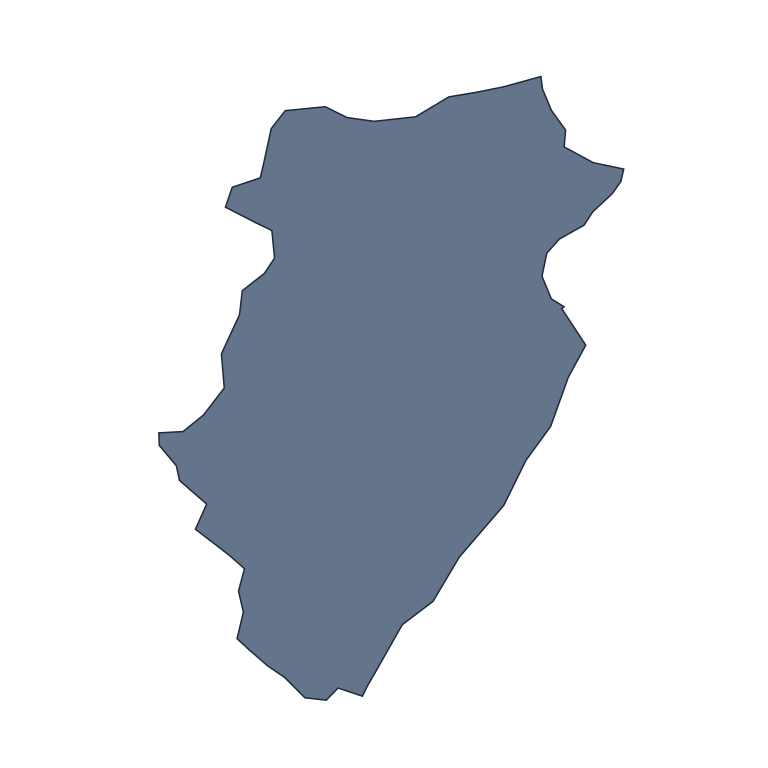 the district of Choletria, Paphos, Cyprus, rotated 185°
{"feature_id": "46923920B91587907409429", "entity_name": "Choletria", "entity_type": "district", "adm_level": 2, "iso_a3": "CYP", "parent_name": "Cyprus", "parent_adm1": "Paphos", "projection": "mercator", "projection_center": [32.592, 34.769], "detail": "fine", "context": "isolated", "style": "filled", "palette": "slate", "viewbox_px": 768, "rotation_deg": 185, "n_neighbors": 0, "source": "geoboundaries", "source_scale": "gbopen_adm2", "svg_char_len": 1003}
<svg xmlns="http://www.w3.org/2000/svg" viewBox="0 0 768 768"><g transform="rotate(185 384 384)"><path d="M211.3,476.6L224.7,483.4L236.0,505.1L233.2,528.6L221.9,543.7L198.5,559.7L191.0,573.8L173.2,593.5L165.7,606.3L163.9,619.0L194.8,622.7L225.2,635.9L225.2,652.8L241.1,671.2L251.9,691.9L254.5,704.0L291.0,690.4L318.8,682.3L344.4,675.7L375.9,652.9L416.9,644.8L444.0,646.2L466.7,655.1L506.2,647.7L518.6,628.6L523.0,594.0L525.2,578.6L552.3,566.8L553.0,564.1L557.4,546.3L526.7,533.8L509.1,527.1L504.0,499.9L512.8,483.8L533.3,464.6L534.0,440.4L548.6,399.9L542.8,366.1L561.1,337.4L580.1,319.1L604.1,315.7L602.5,303.2L583.7,284.4L579.3,270.0L550.2,248.9L559.2,222.9L523.4,200.0L506.9,187.9L510.9,165.0L504.2,144.4L508.2,117.5L496.6,108.5L475.6,93.2L457.3,82.9L435.4,64.5L414.0,64.0L403.3,77.1L378.3,71.1L374.1,82.0L367.8,95.4L344.8,145.8L316.2,171.8L293.9,218.1L254.1,273.5L235.9,320.4L214.3,356.2L201.0,406.7L186.4,440.3L213.6,474.7L211.3,476.6Z" fill="#64748b" stroke="#1e293b" stroke-width="1.5"/></g></svg>